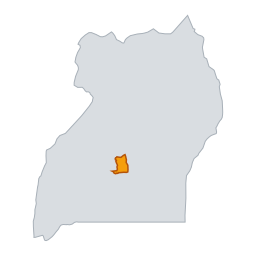 Mityana on a map of Uganda (Robinson projection)
{"feature_id": "UGA-3094", "entity_name": "Mityana", "entity_type": "County", "adm_level": 1, "iso_a3": "UGA", "parent_name": "Uganda", "parent_adm1": "", "projection": "robinson", "projection_center": [32.026, 0.462], "detail": "fine", "context": "in_parent", "style": "filled", "palette": "amber", "viewbox_px": 256, "rotation_deg": 0, "n_neighbors": 0, "source": "natural_earth", "source_scale": "10m", "svg_char_len": 2764}
<svg xmlns="http://www.w3.org/2000/svg" viewBox="0 0 256 256"><path d="M185.1,222.1L181.3,222.1L175.1,222.1L168.9,222.1L162.6,222.1L156.4,222.1L150.2,222.1L144.0,222.1L137.8,222.1L131.6,222.1L125.4,222.1L119.1,222.1L112.9,222.1L106.7,222.1L100.5,222.1L94.3,222.1L88.1,222.1L81.8,222.1L78.2,222.1L77.4,222.0L76.9,221.8L74.6,222.3L72.2,224.1L69.6,224.8L66.8,224.5L66.5,224.7L65.1,224.6L63.1,224.5L61.2,225.0L59.8,226.5L58.4,229.1L55.9,232.1L53.9,234.7L52.2,236.6L48.3,239.7L46.2,240.6L45.2,240.5L44.5,239.9L43.3,236.0L42.5,235.3L35.0,237.4L33.9,237.4L34.0,236.2L33.4,226.8L33.3,221.1L34.3,217.6L34.9,213.4L34.9,209.8L36.3,203.6L35.8,199.9L37.6,186.9L38.1,184.8L38.8,178.6L39.9,176.6L40.9,175.9L42.1,172.0L44.6,165.9L46.3,162.7L46.0,155.8L46.2,151.1L46.6,150.0L50.3,148.3L55.0,143.9L57.0,138.8L59.9,135.5L65.4,133.4L81.6,115.8L89.2,106.3L92.4,101.5L92.6,99.8L93.2,97.5L91.9,95.7L90.3,94.1L89.8,92.6L88.4,91.8L86.5,91.9L85.2,90.8L83.7,88.6L82.3,87.3L77.7,87.4L74.1,85.2L74.2,82.3L75.6,76.4L78.3,69.7L78.4,67.9L78.0,66.3L77.4,65.0L76.2,63.6L75.0,62.0L75.9,57.2L77.6,52.5L79.0,50.1L80.4,47.5L80.0,45.3L78.0,44.2L79.0,42.1L81.2,38.6L85.3,35.0L89.0,32.6L91.4,32.6L96.1,34.5L100.4,36.7L102.7,36.8L105.6,35.9L111.5,31.9L112.9,33.2L114.7,35.6L116.5,39.6L120.3,41.5L122.0,42.7L123.3,43.1L124.0,42.8L125.4,39.6L127.1,37.9L130.3,35.7L137.3,34.0L142.2,33.5L144.3,33.1L147.8,32.1L153.4,28.8L158.9,33.0L164.8,33.8L170.6,33.8L172.4,32.5L173.4,31.5L179.4,24.7L187.6,15.4L193.1,28.5L194.9,29.2L194.7,30.4L194.2,31.5L197.8,34.6L202.2,36.3L203.7,37.9L203.9,39.7L202.4,47.3L202.7,49.5L204.1,57.2L206.7,58.9L209.0,66.6L213.7,69.9L214.4,70.9L215.5,74.6L216.9,78.7L218.1,79.7L218.7,79.9L220.1,84.3L219.3,86.7L220.4,94.1L222.2,100.8L222.6,108.7L222.7,112.2L222.6,114.4L222.2,117.4L221.4,119.1L219.9,120.8L218.2,123.5L216.8,126.4L215.9,127.8L216.6,132.0L216.4,133.2L216.0,133.7L213.9,134.4L211.2,135.5L209.5,136.7L207.2,138.8L205.3,141.2L202.9,148.1L198.7,153.5L198.0,155.3L194.1,158.5L192.4,162.4L191.3,167.3L189.8,170.8L186.5,175.6L185.8,183.1L185.9,198.2L185.0,215.4L185.1,222.1Z" fill="#d9dde1" stroke="#a8b0b8" stroke-width="1"/><path d="M119.7,157.3L121.1,157.3L121.8,156.7L123.4,155.4L125.0,154.6L125.6,156.3L126.1,158.6L126.4,159.7L126.2,162.5L127.8,165.2L127.9,167.4L127.9,168.1L128.0,169.7L127.8,171.9L126.6,172.4L124.2,172.3L123.5,172.3L119.2,172.7L118.4,172.7L118.1,173.2L117.4,173.4L116.7,173.2L116.1,173.6L115.5,173.7L114.7,173.4L114.0,173.0L113.2,171.6L112.3,171.2L116.8,170.7L117.4,169.1L117.0,167.2L117.1,166.3L117.5,165.6L117.2,164.4L116.6,163.4L116.4,162.5L115.9,161.7L116.0,161.3L116.2,161.0L116.4,160.7L116.4,160.2L116.0,160.0L115.5,159.9L115.2,158.8L115.6,157.8L116.5,157.5L116.9,156.8L117.8,157.0L119.7,157.3Z" fill="#f59e0b" stroke="#b45309" stroke-width="1.5"/></svg>